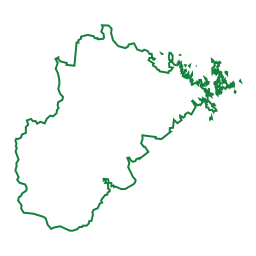 the district of Whitsunday, Queensland, Australia
{"feature_id": "25037944B87142005071762", "entity_name": "Whitsunday", "entity_type": "district", "adm_level": 2, "iso_a3": "AUS", "parent_name": "Australia", "parent_adm1": "Queensland", "projection": "albers", "projection_center": [148.444, -20.698], "detail": "fine", "context": "isolated", "style": "outline", "palette": "green", "viewbox_px": 256, "rotation_deg": 0, "n_neighbors": 0, "source": "geoboundaries", "source_scale": "gbopen_adm2", "svg_char_len": 5708}
<svg xmlns="http://www.w3.org/2000/svg" viewBox="0 0 256 256"><path d="M63.0,96.9L62.4,99.8L58.2,102.2L57.6,105.2L58.6,108.0L57.0,110.2L56.5,113.3L52.9,116.4L50.3,115.6L46.9,118.6L44.7,123.4L40.4,121.8L37.2,123.6L35.5,121.0L33.0,121.2L30.9,118.9L26.9,120.5L28.2,124.7L25.8,127.0L25.9,132.8L21.9,134.6L21.0,137.6L17.6,139.2L16.3,138.7L15.4,140.4L16.5,143.9L15.8,146.3L16.8,147.9L15.6,151.4L18.6,159.7L16.4,163.0L16.6,166.2L15.4,170.3L18.7,177.3L17.2,179.8L19.5,182.7L25.2,184.5L26.8,188.1L26.2,190.7L22.2,193.4L21.0,196.0L18.8,197.3L18.1,200.5L21.6,205.4L21.1,208.3L23.6,212.7L33.5,213.7L43.8,217.0L45.8,218.6L47.7,224.8L51.2,228.9L54.3,227.4L60.3,226.3L69.6,230.6L72.8,230.7L77.2,229.2L79.4,227.0L82.1,227.0L82.8,225.7L86.5,225.7L88.8,223.5L89.2,221.2L91.4,220.9L92.9,214.9L92.5,211.9L93.6,209.9L97.7,208.2L99.9,203.5L102.1,202.6L101.1,200.5L102.3,198.5L105.1,195.1L107.1,194.8L107.7,192.5L109.7,191.4L109.7,189.6L108.0,188.6L108.2,185.5L107.4,183.0L105.2,182.9L105.9,181.7L105.4,179.9L103.7,180.5L103.7,178.8L108.2,179.3L108.7,182.8L111.4,183.1L111.4,186.3L113.4,185.5L114.0,187.1L115.0,186.4L121.3,189.1L125.2,189.0L133.6,184.2L135.2,182.2L135.6,180.0L132.8,176.7L128.2,167.1L129.3,162.9L127.4,157.9L129.2,157.5L131.1,160.7L133.0,161.8L135.4,161.0L136.5,159.0L139.4,158.0L139.5,158.8L148.4,151.9L144.9,146.8L143.8,146.8L141.1,143.4L142.5,139.3L142.4,135.3L155.7,137.0L155.6,138.4L161.4,139.1L170.6,131.8L169.7,131.7L169.8,128.1L173.0,127.7L173.9,119.8L177.4,123.2L181.6,120.1L180.2,117.7L180.2,115.6L183.4,117.7L184.5,116.9L185.2,114.3L188.0,112.4L191.4,114.4L195.7,106.7L193.3,102.9L193.4,101.7L192.2,101.3L192.7,100.6L197.7,105.4L199.3,104.5L200.4,105.2L202.4,102.3L201.5,100.2L199.9,99.6L199.6,98.9L202.5,100.1L203.3,102.5L203.0,98.5L204.0,99.4L204.8,98.9L205.2,101.1L206.0,101.4L206.1,99.5L207.0,102.2L205.6,103.0L206.9,104.7L206.1,105.0L206.2,107.4L208.2,107.6L209.4,110.2L212.1,109.7L213.5,112.0L213.7,111.1L216.5,110.7L215.5,108.7L212.0,106.1L212.7,104.9L214.7,105.2L213.9,103.9L211.7,104.4L207.6,100.1L207.7,96.1L205.5,95.4L206.9,95.3L206.6,93.4L207.5,93.5L207.9,92.0L206.4,90.5L205.7,92.2L204.6,91.0L206.1,89.9L205.5,88.8L203.1,88.8L200.9,86.6L200.7,85.2L202.5,85.9L203.4,85.6L203.1,84.4L203.4,84.8L204.1,84.3L201.8,83.9L201.0,80.0L199.3,79.9L199.3,82.7L197.5,81.8L198.0,84.7L195.7,82.7L192.0,84.9L191.5,84.0L192.8,80.5L192.2,79.4L190.6,81.1L190.4,77.9L192.0,75.4L192.0,73.9L189.7,77.9L188.7,77.6L188.4,73.2L187.3,75.3L187.4,78.2L184.6,77.3L186.5,73.8L184.5,76.3L182.8,76.0L182.9,74.3L183.8,73.7L184.3,72.7L181.6,73.1L182.3,71.5L181.2,71.0L182.6,69.4L182.4,68.7L181.3,69.2L181.4,67.8L180.1,67.3L180.9,62.4L178.8,63.4L177.7,65.2L176.1,65.2L174.3,64.7L172.3,62.2L170.2,61.6L169.1,63.1L169.3,67.0L172.8,67.7L171.0,70.4L168.7,71.4L168.5,72.9L159.5,71.3L159.1,69.9L157.4,69.6L155.7,67.0L153.2,65.8L152.9,64.5L153.8,63.5L148.6,60.2L149.6,57.9L152.2,58.0L151.5,53.0L151.2,54.0L149.5,53.9L147.6,51.0L144.3,49.7L142.2,51.2L137.2,49.5L134.0,43.3L128.7,44.6L127.9,46.6L125.4,48.1L118.2,46.1L113.0,40.2L111.1,33.1L111.6,28.6L108.5,25.5L102.0,25.3L102.8,27.4L101.3,31.7L103.6,34.1L104.0,37.7L103.2,38.8L97.9,39.3L96.9,38.6L97.5,38.3L98.0,37.4L97.3,38.3L95.0,38.2L93.4,36.1L87.4,34.9L81.0,36.7L81.1,38.5L78.3,40.3L78.4,42.7L76.6,42.5L74.4,65.7L66.5,64.9L66.8,63.0L60.1,61.3L58.1,58.8L58.3,57.4L55.5,58.9L57.7,63.0L55.7,68.8L57.7,72.6L59.2,78.8L59.4,83.9L58.3,88.8L60.1,93.7L63.0,96.9ZM219.7,80.9L214.9,85.7L216.4,85.2L215.9,86.2L216.8,86.0L217.3,87.4L220.1,84.6L220.3,83.0L220.9,83.4L218.5,86.9L219.7,87.0L219.8,89.6L222.0,89.0L221.3,88.0L222.4,86.7L225.5,88.9L226.5,86.7L227.9,87.6L229.5,86.1L227.5,85.3L225.8,82.0L224.8,83.5L225.9,79.9L223.8,82.0L224.4,79.7L222.5,81.5L222.3,78.8L223.2,77.3L222.8,76.5L221.1,76.8L221.8,74.7L220.8,73.6L221.3,72.3L220.2,71.7L219.1,71.9L219.5,75.0L217.3,80.1L217.7,80.8L219.3,79.1L219.7,80.9ZM218.4,64.2L220.3,62.8L219.5,61.8L216.4,63.1L216.3,64.0L215.9,62.0L214.4,62.9L214.8,66.0L212.2,68.3L212.5,73.1L215.2,68.3L213.9,72.8L215.1,73.6L216.6,69.3L216.7,74.0L218.7,71.8L217.2,66.7L218.1,65.3L219.3,66.6L218.4,64.2ZM172.7,55.7L170.7,52.9L169.5,52.8L168.8,57.7L169.4,60.1L172.4,60.6L172.7,55.7ZM208.8,91.2L209.2,88.3L208.2,90.3L208.9,95.0L211.1,96.4L208.8,91.2ZM232.5,83.7L230.7,83.6L230.6,86.8L232.5,86.6L231.9,84.7L233.2,83.2L233.4,81.6L232.5,83.7ZM219.5,91.6L219.0,90.5L218.2,90.0L218.0,93.3L218.7,93.0L218.7,94.6L219.6,92.5L220.2,92.0L220.1,93.4L221.1,93.3L221.6,91.6L219.5,91.6ZM208.5,83.6L208.7,82.1L206.9,82.0L206.5,85.0L208.5,83.6ZM217.5,95.0L217.1,90.7L216.3,90.5L216.3,93.8L217.5,95.0ZM212.1,61.8L213.2,62.0L213.5,60.8L211.9,59.4L212.1,61.8ZM226.9,72.1L225.6,71.7L225.4,72.5L227.1,74.5L227.1,71.2L226.9,72.1ZM214.4,83.8L215.7,83.6L215.8,81.7L214.6,82.2L214.4,83.8ZM206.8,80.5L206.4,78.8L204.9,77.7L205.8,79.8L206.8,80.5ZM153.2,59.4L154.0,59.7L154.8,58.8L153.7,58.3L153.2,59.4ZM235.2,92.6L235.6,91.7L235.0,91.1L234.6,92.2L235.2,92.6ZM184.6,70.8L185.9,71.2L185.8,69.8L185.2,69.8L184.6,70.8ZM234.0,85.3L234.2,84.0L233.7,83.1L233.5,84.2L234.0,85.3ZM189.6,66.5L189.9,65.2L189.0,65.9L189.6,66.5ZM213.2,95.4L212.6,93.8L211.9,93.7L213.2,95.4ZM210.2,119.6L211.2,119.0L210.1,118.4L210.2,119.6ZM211.2,117.6L211.8,118.2L211.5,116.7L211.2,117.6ZM179.2,62.1L178.9,61.4L178.3,62.3L179.2,62.1ZM230.0,86.6L230.1,87.6L230.6,87.2L230.0,86.6ZM239.9,81.1L240.6,81.6L240.2,80.6L239.9,81.1ZM216.0,87.8L216.3,89.3L216.4,88.1L216.0,87.8ZM181.6,66.2L182.2,66.0L181.8,65.4L181.6,66.2ZM185.2,65.2L185.5,65.8L185.8,65.3L185.2,65.2ZM161.6,53.6L161.8,54.0L162.1,53.9L161.6,53.6ZM204.2,86.6L204.2,86.0L203.9,85.6L204.2,86.6ZM195.8,65.9L196.6,66.2L195.8,65.9ZM180.1,54.9L180.4,55.0L180.7,54.3L180.1,54.9ZM205.5,81.6L205.2,82.4L205.4,82.5L205.5,81.6Z" fill="none" stroke="#15803d" stroke-width="2"/></svg>